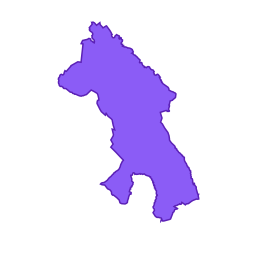 outline of Ogan Ilir, Sumatera Selatan, Indonesia, rotated 315°
{"feature_id": "22746128B50783491652131", "entity_name": "Ogan Ilir", "entity_type": "district", "adm_level": 2, "iso_a3": "IDN", "parent_name": "Indonesia", "parent_adm1": "Sumatera Selatan", "projection": "robinson", "projection_center": [104.638, -3.42], "detail": "fine", "context": "isolated", "style": "filled", "palette": "violet", "viewbox_px": 256, "rotation_deg": 315, "n_neighbors": 0, "source": "geoboundaries", "source_scale": "gbopen_adm2", "svg_char_len": 5861}
<svg xmlns="http://www.w3.org/2000/svg" viewBox="0 0 256 256"><g transform="rotate(315 128 128)"><path d="M178.4,33.1L178.6,30.0L178.1,28.3L177.1,28.3L176.9,27.8L176.0,29.3L171.5,29.7L170.9,31.1L170.2,31.8L170.0,31.6L169.9,31.9L169.8,33.2L170.2,34.4L170.0,36.0L169.3,36.8L168.7,37.2L167.6,37.2L167.2,38.2L166.5,38.6L166.2,39.8L166.2,41.8L166.0,42.3L165.5,43.1L164.4,43.9L164.0,43.0L164.3,42.8L164.0,41.9L164.1,41.6L163.5,40.0L164.5,38.6L164.0,37.5L163.7,37.0L163.1,36.8L162.1,36.7L157.8,34.0L154.5,35.2L155.6,36.7L155.1,37.2L141.3,48.3L139.3,45.7L132.1,43.7L132.1,43.8L125.1,44.3L124.4,44.3L124.1,43.8L124.0,42.9L122.4,43.5L121.2,44.3L120.2,44.6L119.5,44.4L119.2,44.1L119.0,43.1L118.8,43.0L118.2,42.6L117.2,42.6L115.4,43.6L114.2,43.6L113.2,44.3L113.1,44.8L112.3,45.9L111.4,46.2L110.4,47.5L110.4,47.9L109.5,49.4L109.5,50.7L110.6,51.7L110.7,52.8L110.9,53.4L110.6,53.8L110.6,54.7L112.0,56.3L112.5,61.7L113.6,63.2L113.4,64.4L114.3,66.0L114.2,66.5L114.9,67.1L115.9,69.8L116.7,71.4L117.6,72.5L118.7,73.0L119.3,73.6L120.6,74.1L122.3,75.0L128.8,75.1L129.8,78.2L130.6,81.4L130.6,82.0L130.0,83.5L128.2,86.4L127.1,87.6L126.0,87.0L125.8,87.3L125.1,87.4L123.7,88.5L123.4,88.9L121.4,94.8L120.7,97.6L121.0,103.0L122.3,102.6L123.2,101.6L122.6,103.5L122.2,105.6L122.6,108.9L122.6,110.9L119.4,115.7L117.3,119.9L116.0,117.6L113.0,122.4L111.9,123.1L107.4,124.3L106.1,128.8L102.3,129.4L102.3,136.5L102.0,145.5L102.1,147.1L101.9,147.6L100.4,147.6L96.9,148.8L95.0,149.9L92.7,150.7L90.9,150.7L88.1,150.0L87.5,150.3L86.5,149.8L85.1,150.2L84.5,150.0L81.5,150.2L79.8,149.9L76.2,150.3L72.7,149.7L70.9,148.4L70.0,148.1L68.9,148.2L69.5,149.8L71.2,151.9L70.6,156.2L70.6,156.7L71.3,158.5L71.5,159.4L71.2,161.2L70.7,162.0L69.9,162.9L69.6,163.7L69.7,164.7L70.1,164.8L70.4,165.9L70.8,169.3L70.8,172.8L69.5,175.1L69.5,175.6L70.0,177.0L72.2,179.6L73.8,180.2L74.9,180.2L76.3,179.1L78.8,177.9L79.5,177.3L81.4,176.4L82.6,176.1L83.2,176.8L83.7,176.8L83.9,176.2L84.6,175.8L83.9,174.0L86.1,172.7L86.7,173.0L87.3,172.1L87.8,172.2L88.4,172.0L89.2,172.2L89.3,171.7L90.5,171.6L91.7,171.3L92.3,170.6L93.1,170.3L93.2,169.3L93.1,168.2L94.7,166.7L96.1,163.8L96.6,163.5L96.9,164.0L97.9,164.3L99.5,163.4L100.0,163.4L100.4,163.8L100.6,164.3L100.5,164.9L100.1,165.6L101.0,166.2L101.4,167.0L103.7,168.6L104.2,168.7L104.1,169.4L104.8,169.8L105.6,170.8L105.6,171.2L107.0,171.9L107.3,174.1L109.0,177.3L109.0,177.8L109.3,178.3L108.8,178.5L108.8,180.7L108.1,181.3L108.3,182.4L107.2,183.9L107.6,184.0L107.5,184.7L106.9,184.9L105.8,186.6L106.2,186.6L106.1,187.5L104.4,189.1L104.7,189.5L104.7,190.1L104.2,190.3L103.8,190.9L103.7,192.5L101.4,194.6L101.4,195.6L101.1,195.7L101.1,196.1L100.7,196.1L100.6,196.4L100.2,196.3L98.9,196.6L98.3,197.9L96.2,198.3L95.9,198.9L95.7,198.7L95.0,199.4L93.7,199.5L93.3,199.8L93.3,200.2L90.9,201.4L89.9,201.5L89.3,202.6L89.3,203.6L88.5,204.9L85.8,205.6L84.9,209.7L85.0,210.6L85.3,211.7L86.3,212.7L87.8,215.2L87.7,215.7L87.5,216.0L86.1,216.6L85.6,217.0L87.1,216.9L86.8,218.4L88.1,219.4L93.0,222.2L93.8,222.4L99.2,220.0L99.9,219.5L101.2,219.7L103.4,218.7L105.8,220.1L106.1,220.0L105.0,216.1L106.3,216.3L108.0,217.4L109.0,217.5L109.9,218.1L110.9,218.1L111.1,219.0L112.0,219.5L113.5,218.7L114.2,222.9L115.6,222.9L116.8,223.9L117.4,224.2L121.1,224.7L122.9,225.2L126.1,226.6L127.0,227.7L127.8,228.2L128.5,227.4L129.7,225.5L131.0,224.8L130.6,224.4L130.7,223.8L133.4,219.0L134.5,218.0L134.8,215.4L135.6,214.3L134.3,214.2L134.7,213.2L135.2,213.0L135.4,211.9L135.7,211.9L137.0,210.3L137.5,209.3L137.3,208.4L137.1,208.3L137.6,207.5L138.2,207.3L139.0,205.6L139.6,205.4L140.1,204.2L141.1,203.7L141.2,203.2L141.9,202.7L141.7,201.6L142.2,200.8L142.5,199.8L143.0,199.1L142.7,197.5L143.1,197.2L143.1,196.4L144.1,194.4L144.1,193.8L144.7,191.4L145.6,190.0L146.2,189.5L146.4,189.1L146.8,188.9L147.1,188.5L146.9,188.1L146.7,186.9L147.0,186.2L146.7,186.1L146.8,185.3L147.0,185.1L146.9,183.1L147.0,182.1L146.7,181.7L146.7,181.0L147.0,179.5L147.0,178.0L147.3,177.8L147.3,177.2L147.5,177.2L147.4,176.2L147.8,174.9L147.6,174.9L148.2,174.2L148.3,173.3L148.2,169.1L148.7,166.2L149.0,165.6L149.4,165.3L151.5,162.5L153.0,159.5L153.9,154.0L155.2,149.3L155.1,147.0L159.1,145.0L160.5,142.3L161.9,139.8L167.4,142.6L167.5,143.4L167.7,143.5L167.5,144.0L167.9,144.2L168.1,144.7L168.5,144.9L168.9,145.3L169.3,145.2L169.5,144.9L169.8,143.5L173.0,141.7L173.2,140.7L173.8,140.6L176.9,138.7L179.1,139.8L179.8,139.7L182.3,140.0L183.3,139.9L186.0,137.8L186.1,136.5L185.6,135.4L185.6,134.8L184.4,132.4L183.8,130.2L184.8,128.8L185.1,127.5L184.0,121.2L184.3,120.5L184.0,119.7L184.6,119.4L184.7,117.7L185.3,117.7L185.4,116.1L186.0,114.5L186.7,114.8L187.1,112.0L187.0,111.0L186.7,110.7L185.0,110.4L184.4,109.1L184.6,108.9L184.6,108.3L185.0,108.0L185.3,106.9L185.8,106.6L186.3,106.7L186.4,106.4L186.7,104.7L185.8,103.3L185.7,102.7L185.8,102.6L185.8,101.9L186.1,100.5L186.3,100.2L186.3,99.9L185.6,98.7L184.6,98.3L183.6,98.3L183.2,97.0L182.5,96.9L182.4,96.7L182.5,96.5L183.1,96.1L182.7,94.4L183.0,93.2L183.9,91.6L183.9,91.3L183.6,91.0L182.5,90.3L182.5,89.8L184.6,88.5L184.5,85.5L184.7,84.3L184.5,83.5L184.6,82.0L184.4,82.0L184.1,80.9L183.9,79.7L184.0,79.5L183.9,79.2L184.4,78.7L183.8,77.9L185.2,78.0L185.6,77.8L185.6,77.5L185.9,77.1L186.2,75.8L186.5,75.6L186.3,74.4L185.8,73.0L185.1,71.9L184.4,71.2L184.2,70.2L183.6,69.0L182.6,68.0L182.6,67.2L182.9,66.9L182.2,66.7L181.9,66.2L182.8,65.7L183.3,65.0L182.7,64.6L182.6,64.3L182.7,63.8L183.0,63.6L183.1,63.2L183.6,62.9L185.1,62.8L185.8,62.4L186.4,61.8L186.3,61.4L186.0,60.9L186.0,60.5L186.9,59.6L186.8,58.9L186.4,58.8L184.8,59.1L184.5,59.1L184.3,59.1L184.6,59.0L185.2,58.0L186.5,57.3L186.9,56.7L186.2,55.0L186.0,53.9L183.8,53.8L182.5,54.5L181.4,53.8L181.2,53.4L181.3,51.9L182.1,50.7L182.8,50.6L182.6,50.2L183.1,49.8L183.5,48.7L184.1,46.4L185.0,40.6L184.5,40.3L181.8,39.7L180.5,39.3L181.0,39.4L181.3,38.5L181.4,35.3L182.6,33.6L178.4,33.1Z" fill="#8b5cf6" stroke="#5b21b6" stroke-width="1.5"/></g></svg>